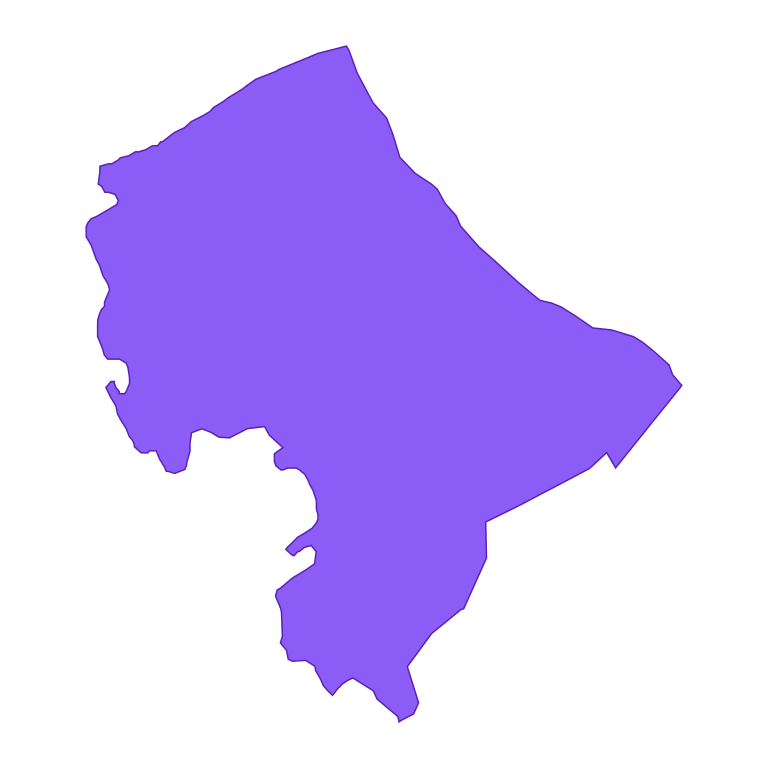 outline of Sidfa, Asyut, Egypt
{"feature_id": "37247803B72914028370389", "entity_name": "Sidfa", "entity_type": "district", "adm_level": 2, "iso_a3": "EGY", "parent_name": "Egypt", "parent_adm1": "Asyut", "projection": "equal_earth", "projection_center": [31.35, 26.943], "detail": "fine", "context": "isolated", "style": "filled", "palette": "violet", "viewbox_px": 768, "rotation_deg": 0, "n_neighbors": 0, "source": "geoboundaries", "source_scale": "gbopen_adm2", "svg_char_len": 3352}
<svg xmlns="http://www.w3.org/2000/svg" viewBox="0 0 768 768"><path d="M99.9,166.3L99.9,171.9L98.2,184.1L101.6,186.2L104.9,192.3L108.3,192.3L115.0,194.4L116.1,196.4L118.4,200.5L116.7,204.6L99.8,214.6L96.4,216.6L91.3,218.6L87.9,222.7L86.2,226.7L86.2,236.9L91.2,245.1L96.2,259.3L99.6,265.5L102.9,275.6L107.9,283.8L109.6,289.9L107.9,294.0L104.5,302.1L104.5,306.2L102.8,308.2L101.1,310.2L99.4,314.3L97.7,320.4L97.6,328.5L97.6,336.6L99.3,340.7L101.0,344.8L102.6,348.9L104.3,355.0L107.7,359.1L117.8,359.1L119.5,359.1L126.2,363.2L127.9,367.3L129.5,377.5L129.5,383.6L126.1,391.7L124.4,393.8L122.7,393.7L121.0,393.7L119.3,393.7L119.3,391.7L117.7,389.6L116.0,387.6L114.3,383.5L114.3,381.5L111.0,381.5L109.3,383.5L107.6,385.5L105.9,387.5L110.9,397.7L115.9,405.9L117.6,414.1L120.9,420.2L126.0,428.3L129.3,436.5L132.7,440.6L134.3,444.7L134.3,446.7L141.1,452.8L142.8,452.8L147.8,452.9L149.5,450.8L156.3,450.9L159.6,459.1L164.6,467.2L166.3,471.3L168.0,471.3L174.7,473.4L179.8,471.4L184.9,469.4L186.6,465.3L186.6,463.3L188.3,457.2L189.2,454.2L190.0,451.1L190.0,447.0L190.0,443.0L191.3,434.7L191.4,432.8L201.9,428.8L208.6,431.4L211.3,432.5L216.7,435.8L219.1,437.2L223.8,437.5L227.4,437.7L229.2,438.0L244.5,430.1L247.5,428.6L264.6,426.6L269.4,435.3L282.9,447.6L274.4,453.7L274.4,461.8L276.0,465.9L281.1,470.0L282.8,470.0L287.8,468.0L296.3,468.1L299.7,470.1L300.9,471.1L302.5,472.5L304.7,474.2L308.1,480.3L309.7,484.4L313.1,490.5L316.4,500.7L316.4,508.9L318.0,515.0L318.0,519.0L316.3,523.1L314.6,525.1L312.1,528.2L304.5,533.2L297.7,537.2L293.4,541.5L287.5,547.3L285.8,549.4L292.6,555.5L294.3,555.5L297.7,551.5L299.3,551.5L304.4,547.4L311.2,545.5L316.2,551.6L314.5,563.8L306.0,569.8L295.9,575.9L292.5,577.9L280.6,588.0L277.2,590.0L275.5,596.1L277.2,600.2L278.9,604.2L280.6,608.3L281.4,611.6L281.6,614.5L281.8,620.6L281.9,622.6L282.1,628.7L282.4,636.2L280.4,642.9L286.5,650.3L288.2,659.2L292.4,661.2L293.8,661.1L298.9,660.8L302.3,660.6L305.6,660.4L307.0,661.3L315.0,666.3L315.6,670.5L320.2,678.5L321.5,681.3L322.6,683.8L323.2,685.4L324.7,687.2L328.3,691.3L331.0,693.9L332.5,695.3L334.7,692.6L336.3,690.5L338.2,688.1L339.9,686.7L342.1,684.1L347.9,680.3L352.8,678.0L356.2,680.0L364.2,685.1L372.9,690.5L373.9,692.0L377.1,699.1L381.4,702.7L386.3,706.9L395.2,714.3L397.8,716.5L399.1,721.9L401.3,720.3L413.6,714.0L418.6,702.8L407.3,666.6L430.8,634.7L432.0,633.2L461.4,609.2L463.6,609.0L486.5,558.0L485.7,522.0L511.1,509.5L516.9,506.7L543.3,492.8L560.2,484.0L589.5,468.5L606.7,452.6L615.6,467.9L652.1,422.4L679.1,389.0L680.8,386.7L681.8,385.2L680.7,384.2L672.8,374.9L672.6,374.7L669.0,364.9L662.3,358.9L652.6,350.3L642.4,342.1L633.5,336.7L611.7,330.0L592.7,327.9L576.4,316.6L561.2,307.0L551.4,303.0L539.9,300.4L524.6,287.7L518.0,282.2L496.1,262.1L478.6,246.6L460.5,226.0L456.2,215.9L448.3,207.0L445.2,203.6L437.3,189.2L431.5,184.2L415.1,173.3L399.8,157.3L393.0,134.7L386.6,118.1L372.9,102.6L357.3,73.3L348.8,49.9L346.4,46.1L318.2,53.3L314.6,54.8L307.4,57.8L279.3,69.3L275.9,71.4L265.7,75.4L255.6,79.4L247.1,85.4L242.0,89.4L231.9,95.5L228.5,97.5L223.4,101.5L213.3,107.6L209.9,111.6L203.1,115.6L191.3,121.6L184.5,127.7L176.0,131.7L172.7,133.7L162.5,141.8L160.8,141.8L157.4,145.8L152.3,145.8L145.6,149.8L138.8,151.8L135.4,151.8L128.7,155.8L120.2,157.8L118.5,159.8L115.1,161.8L111.8,163.9L108.4,163.8L101.6,165.8L99.9,166.3Z" fill="#8b5cf6" stroke="#5b21b6" stroke-width="1.5"/></svg>